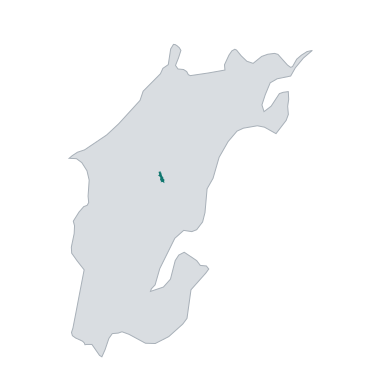 Montes de Oca, San José, Costa Rica (highlighted), rotated 261°
{"feature_id": "36466004B49166054866519", "entity_name": "Montes de Oca", "entity_type": "district", "adm_level": 2, "iso_a3": "CRI", "parent_name": "Costa Rica", "parent_adm1": "San José", "projection": "albers", "projection_center": [-84.009, 9.94], "detail": "fine", "context": "in_parent", "style": "filled", "palette": "teal", "viewbox_px": 384, "rotation_deg": 261, "n_neighbors": 0, "source": "geoboundaries", "source_scale": "gbopen_adm2", "svg_char_len": 3038}
<svg xmlns="http://www.w3.org/2000/svg" viewBox="0 0 384 384"><g transform="rotate(261 192 192)"><path d="M340.7,196.8L340.2,198.5L338.7,200.2L336.5,202.0L333.6,203.2L326.5,199.6L319.6,195.5L315.7,197.4L314.3,202.8L311.8,205.6L308.5,206.7L307.2,208.5L307.0,226.6L307.3,243.6L312.6,244.0L321.4,249.9L325.1,253.4L326.3,256.6L325.2,258.2L318.8,261.9L312.6,266.6L309.5,272.5L315.0,282.0L316.2,288.4L316.0,295.2L314.5,298.4L302.4,306.2L299.7,308.9L300.1,310.9L306.8,316.2L310.0,321.4L312.7,327.6L313.0,333.0L306.9,323.0L298.5,313.5L291.1,307.6L290.5,293.8L287.6,286.3L276.5,279.5L267.1,274.7L260.1,275.7L264.4,283.6L275.5,293.7L276.2,297.6L276.1,302.8L268.4,302.0L261.7,299.9L253.5,299.3L248.0,296.2L236.5,284.1L244.7,273.7L247.2,266.9L247.0,252.8L245.1,246.0L236.2,235.6L222.0,224.2L202.2,214.9L192.8,207.4L169.6,201.6L160.8,197.8L154.0,190.7L152.9,185.6L155.4,177.8L149.0,167.8L121.4,148.2L106.0,141.0L102.7,136.7L100.3,135.4L102.6,148.9L109.3,157.1L126.9,164.7L131.8,169.1L133.7,174.9L123.5,185.9L118.2,188.7L116.7,194.6L113.3,196.5L109.8,193.0L95.6,175.7L68.0,167.3L63.0,162.2L52.8,146.4L48.1,132.0L49.9,122.4L61.3,107.5L64.9,101.0L64.2,97.0L64.6,91.1L60.4,87.0L49.9,81.5L43.3,77.2L45.1,75.1L57.1,69.3L57.9,64.1L57.9,62.4L59.8,62.0L61.6,60.7L62.7,59.2L66.0,54.2L68.8,51.4L72.1,51.0L76.2,53.1L91.3,58.6L108.0,64.6L132.0,73.3L141.9,67.8L150.4,63.6L156.4,64.2L169.3,69.1L177.0,70.7L181.8,70.2L190.0,77.4L194.5,82.8L195.2,86.3L197.7,88.3L204.1,88.7L219.8,92.3L229.4,91.6L238.2,87.8L243.0,83.1L244.5,75.9L246.7,79.5L249.2,85.1L250.4,92.4L261.7,116.7L270.8,130.2L290.6,155.0L299.2,159.5L313.7,179.3L318.7,182.6L321.5,188.5L336.6,193.3L340.7,196.8Z" fill="#d9dde1" stroke="#a8b0b8" stroke-width="1"/><path d="M207.2,164.3L207.3,164.3L207.2,164.9L207.1,165.1L206.8,165.4L207.1,165.4L207.4,165.4L207.6,165.5L207.8,165.5L208.0,165.5L208.1,165.8L208.3,165.8L208.3,165.7L208.5,165.7L208.6,165.4L208.8,165.3L208.8,165.2L209.0,165.2L209.4,165.1L209.5,165.1L209.8,165.1L210.0,165.0L210.1,164.9L210.3,164.8L210.3,164.7L210.5,164.7L210.8,164.5L210.8,164.4L211.0,164.4L211.3,164.4L211.5,164.5L211.6,164.4L211.6,164.5L211.7,164.4L211.8,164.4L212.0,164.3L212.2,164.2L212.3,164.2L212.5,164.2L212.8,164.2L213.0,164.1L213.9,164.0L214.0,164.0L214.4,164.0L214.5,164.0L215.4,163.9L215.5,163.9L215.6,163.7L215.8,163.5L215.9,163.4L216.1,163.3L216.5,163.4L216.5,163.2L216.4,163.1L216.4,162.9L216.2,162.9L216.1,163.0L215.9,163.0L215.7,163.1L215.4,163.2L215.2,163.2L214.9,163.1L214.7,163.1L214.4,163.0L214.2,163.1L213.9,163.0L213.7,163.1L213.4,163.2L213.3,162.9L213.3,162.7L213.2,162.8L212.9,162.9L212.8,163.0L212.7,163.0L212.4,163.2L212.4,163.3L212.2,163.3L211.9,163.5L211.7,163.6L211.4,163.7L211.2,163.7L210.9,163.7L210.7,163.7L210.4,163.6L210.2,163.5L209.9,163.6L209.8,163.4L209.7,163.4L209.4,163.4L209.1,163.2L209.0,163.3L208.9,163.3L208.7,163.3L208.5,163.5L208.4,163.7L208.4,163.8L208.3,164.0L208.2,164.0L207.9,164.1L207.7,164.2L207.4,164.2L207.4,164.3L207.3,164.2L207.3,164.3L207.2,164.3L207.2,164.3Z" fill="#14b8a6" stroke="#0f766e" stroke-width="1.5"/></g></svg>